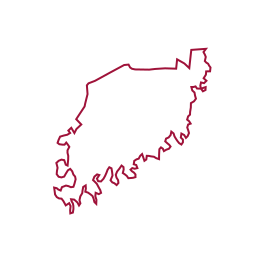 Romelândia, Santa Catarina, Brazil (Equal Earth projection), rotated 17°
{"feature_id": "56859067B71517349655646", "entity_name": "Romelândia", "entity_type": "district", "adm_level": 2, "iso_a3": "BRA", "parent_name": "Brazil", "parent_adm1": "Santa Catarina", "projection": "equal_earth", "projection_center": [-53.313, -26.655], "detail": "fine", "context": "isolated", "style": "outline", "palette": "rose", "viewbox_px": 256, "rotation_deg": 17, "n_neighbors": 0, "source": "geoboundaries", "source_scale": "gbopen_adm2", "svg_char_len": 3097}
<svg xmlns="http://www.w3.org/2000/svg" viewBox="0 0 256 256"><g transform="rotate(17 128 128)"><path d="M77.2,96.8L76.2,99.2L79.4,107.4L79.9,117.0L80.2,120.1L75.9,134.7L82.3,138.3L80.7,141.1L79.0,144.0L78.2,148.5L73.7,144.4L71.7,147.9L74.1,149.7L71.9,152.2L68.9,153.9L65.6,156.1L65.1,159.7L65.0,162.8L67.1,163.6L70.1,163.1L72.2,162.5L73.2,160.0L75.2,161.4L77.4,163.2L76.7,167.0L77.4,169.4L79.0,172.1L80.0,175.6L80.5,178.1L81.2,181.6L79.2,181.3L77.8,179.3L76.4,177.4L73.6,177.7L71.3,179.6L69.7,182.4L71.1,184.6L72.3,186.7L72.6,189.7L73.3,193.0L75.9,194.9L78.8,194.7L81.2,193.1L81.9,189.8L82.9,186.0L84.7,184.0L87.3,185.7L89.4,188.5L91.6,189.9L92.9,192.3L93.1,197.0L93.0,200.2L90.7,201.3L88.1,201.0L85.5,201.2L82.1,203.9L81.9,207.5L79.3,207.2L77.4,206.4L74.8,206.6L76.3,209.8L77.7,212.9L80.1,214.9L82.6,215.5L85.1,215.0L87.5,216.7L91.1,220.2L93.7,217.1L95.9,219.4L96.7,223.5L97.8,226.5L100.0,225.0L99.5,221.4L98.5,218.4L97.3,216.2L95.6,214.7L94.4,212.8L97.5,212.2L101.4,214.0L103.8,216.4L104.5,214.0L102.7,211.2L102.4,207.3L103.3,203.7L102.8,201.1L102.4,197.5L104.3,195.3L105.4,198.2L105.8,201.4L108.7,201.5L111.7,202.5L113.9,203.4L115.8,205.7L117.5,208.6L119.8,209.8L118.8,205.9L116.7,202.8L116.0,199.4L119.4,199.8L121.2,197.9L119.6,195.5L117.1,193.1L114.5,190.5L112.0,189.1L109.8,188.0L110.1,184.3L112.0,181.4L114.3,181.4L113.1,185.5L115.0,187.6L117.8,187.0L119.4,183.7L120.1,180.5L120.5,177.1L120.7,173.9L121.6,171.0L124.0,171.4L125.6,174.6L127.1,178.0L126.6,183.1L128.9,184.6L131.1,184.8L133.8,185.9L134.9,183.4L133.8,180.8L131.5,178.8L130.0,176.3L130.3,172.8L131.7,169.3L132.8,165.8L135.1,166.7L136.0,169.0L136.2,172.6L138.4,173.2L140.9,174.2L143.0,175.9L145.3,175.0L147.3,174.2L149.5,172.8L148.7,170.2L146.7,168.9L144.4,168.2L142.6,167.1L143.8,165.1L146.3,165.0L148.7,163.6L146.7,161.0L144.1,161.0L143.6,157.6L145.3,155.5L147.2,154.2L147.8,151.1L149.1,148.8L151.1,151.5L153.3,154.6L154.7,152.8L154.1,149.1L156.1,148.6L158.3,148.4L161.2,147.9L163.8,148.6L166.8,148.7L165.7,145.0L165.0,142.3L164.2,139.1L165.2,136.9L167.4,137.6L169.1,139.6L171.0,137.5L173.2,135.9L174.1,133.3L172.3,132.0L170.3,131.2L167.5,129.9L167.5,127.0L169.6,125.2L170.8,122.3L170.5,118.8L173.2,119.9L174.9,122.4L177.0,124.3L179.1,126.0L181.3,127.5L183.9,128.2L184.7,125.6L183.9,123.0L181.3,121.7L180.7,117.7L183.8,118.3L186.3,120.5L187.4,118.4L187.8,115.0L186.2,112.5L184.5,110.2L184.5,107.1L186.6,105.5L184.4,103.6L182.1,102.7L182.1,99.3L183.4,97.1L182.7,94.5L182.1,90.1L180.9,85.8L183.3,83.2L184.4,80.1L182.7,77.5L181.2,74.6L178.5,73.3L176.6,70.3L178.5,69.7L180.4,68.5L182.5,70.1L184.5,69.5L186.4,69.1L184.8,66.5L184.5,63.1L187.6,62.9L189.2,59.9L185.8,58.3L186.9,54.2L186.2,51.0L189.9,49.8L189.2,46.0L187.4,44.7L185.8,43.1L183.8,42.6L181.9,41.5L181.6,37.3L180.0,35.3L178.0,33.3L179.4,29.5L165.7,34.8L166.4,38.6L168.0,47.1L169.1,52.8L163.0,49.8L154.9,48.0L156.7,57.2L146.0,60.1L136.7,63.6L131.2,66.0L117.7,69.9L114.5,70.2L112.3,69.5L110.0,67.2L105.9,68.9L95.1,79.8L87.3,87.8L82.6,92.6L77.2,96.8ZM186.4,69.1L188.9,71.0L191.0,69.0L190.3,66.2L188.4,67.5L186.4,69.1Z" fill="none" stroke="#9f1239" stroke-width="2"/></g></svg>